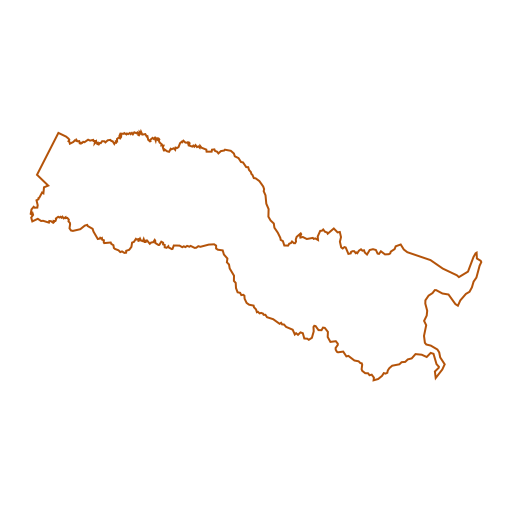 Miranda, Cauca, Colombia
{"feature_id": "7082276B64224569928745", "entity_name": "Miranda", "entity_type": "district", "adm_level": 2, "iso_a3": "COL", "parent_name": "Colombia", "parent_adm1": "Cauca", "projection": "equal_earth", "projection_center": [-76.228, 3.222], "detail": "fine", "context": "isolated", "style": "outline", "palette": "amber", "viewbox_px": 512, "rotation_deg": 0, "n_neighbors": 0, "source": "geoboundaries", "source_scale": "gbopen_adm2", "svg_char_len": 6040}
<svg xmlns="http://www.w3.org/2000/svg" viewBox="0 0 512 512"><path d="M435.7,378.0L442.3,369.5L444.7,364.3L440.2,357.4L439.2,352.4L437.4,349.5L430.8,345.6L426.3,344.5L424.9,342.8L424.0,335.9L426.2,325.2L424.1,320.9L426.7,315.6L427.2,310.8L425.3,303.6L425.4,300.3L428.6,295.6L432.5,293.1L434.8,290.1L436.1,290.1L442.4,293.5L448.5,294.5L455.4,304.1L457.9,305.7L460.3,300.4L465.9,293.9L469.5,291.8L471.9,287.4L473.6,281.6L476.4,277.6L479.6,265.7L481.3,262.1L480.7,260.8L476.9,258.5L476.6,252.7L475.6,253.3L473.5,257.0L468.0,271.6L458.9,277.1L456.9,275.3L442.8,268.6L430.5,260.1L407.3,252.2L403.8,249.5L400.7,244.5L395.7,246.3L394.6,249.1L390.8,251.6L390.2,253.4L388.8,254.2L385.0,254.4L380.9,251.3L379.0,253.9L377.6,253.6L375.9,250.0L373.0,249.2L369.7,250.0L367.0,254.5L364.8,252.5L364.0,250.3L362.4,250.7L361.0,249.3L358.9,250.7L357.3,253.2L356.4,252.5L355.7,253.1L354.2,251.2L352.5,251.2L351.1,251.9L350.7,253.4L348.4,253.9L345.7,247.5L344.4,247.1L342.7,248.5L341.2,247.4L339.9,241.7L341.0,237.1L339.8,232.0L337.6,232.4L333.8,228.5L327.7,233.7L327.1,232.5L324.9,231.7L323.2,229.5L322.0,230.7L320.2,230.9L317.7,236.5L318.0,240.0L315.2,238.4L313.7,238.9L312.8,237.9L306.8,239.0L302.8,237.0L300.4,237.6L300.2,236.4L301.2,234.2L300.7,233.4L296.7,236.8L295.8,239.3L296.0,241.6L295.1,243.2L293.9,243.2L292.0,241.5L290.9,243.1L289.2,243.7L288.1,245.6L284.3,245.5L282.9,241.1L280.7,239.9L280.3,237.8L277.8,232.7L274.4,227.7L273.8,223.5L270.6,220.5L268.4,216.7L268.6,209.1L266.3,203.7L265.5,195.3L263.7,191.2L264.1,189.1L263.2,186.5L259.4,181.1L255.6,178.3L253.8,178.1L252.5,175.0L251.3,173.8L250.9,172.1L249.0,169.9L248.2,167.2L246.2,167.1L243.0,162.4L241.0,162.0L238.5,158.1L234.8,156.3L233.9,153.5L230.8,150.8L224.9,149.7L224.2,150.5L220.9,151.1L218.4,153.4L217.1,151.7L215.0,150.9L214.4,149.4L212.0,149.7L211.6,151.7L206.6,151.7L206.3,149.6L201.5,147.7L200.1,145.9L199.7,147.7L198.4,146.4L197.0,147.1L195.5,145.1L194.3,146.7L193.3,145.6L192.3,146.6L189.1,145.5L189.6,143.2L189.0,142.5L188.6,142.4L188.9,143.7L188.4,144.4L187.9,142.7L185.4,142.6L183.4,140.7L182.3,142.1L181.9,141.6L180.1,143.1L178.5,147.1L177.1,148.0L175.6,147.6L175.2,149.8L173.7,148.3L171.4,149.3L170.7,148.8L169.1,151.8L167.1,151.3L164.4,149.3L164.1,151.2L162.8,147.3L163.5,145.6L161.4,145.5L161.8,144.4L159.6,142.5L158.7,140.4L159.3,139.5L158.8,138.7L158.0,138.3L157.4,139.6L156.2,138.4L155.7,140.7L154.7,137.9L153.7,138.9L152.6,137.9L150.0,140.1L150.5,141.1L150.0,141.4L148.2,139.8L147.4,136.2L146.7,136.5L145.3,134.1L142.3,134.6L141.0,131.7L140.6,133.1L139.6,132.1L139.7,134.1L139.0,135.3L138.3,135.0L138.0,133.0L137.4,132.4L136.6,133.3L134.3,132.3L132.9,134.3L131.9,132.9L130.7,134.1L129.8,133.0L128.2,134.1L127.0,133.5L126.4,134.4L124.3,133.1L123.8,133.8L120.4,133.6L119.5,135.7L119.9,136.3L121.2,135.7L121.1,137.0L120.1,138.4L119.0,137.4L117.0,139.0L117.1,141.5L115.9,141.3L116.0,142.8L114.9,142.8L114.3,143.9L112.6,141.2L111.4,141.1L110.4,139.9L107.7,140.3L105.4,142.4L104.4,141.3L102.1,141.2L100.8,143.1L99.8,143.0L98.7,144.5L97.4,144.0L97.7,142.7L96.2,142.8L96.1,141.6L94.7,143.3L95.0,141.0L93.5,141.0L93.2,139.9L90.1,140.6L88.1,139.7L84.5,142.2L83.2,141.8L82.2,142.9L81.3,142.7L80.8,143.6L79.7,143.3L79.2,141.1L77.4,141.3L76.3,139.8L75.9,140.7L74.9,140.3L73.3,142.0L69.9,143.7L69.3,141.7L68.5,141.2L69.3,139.8L68.6,138.7L66.1,136.6L58.4,132.9L37.0,174.8L48.2,185.6L44.0,187.3L43.4,193.3L42.1,192.5L39.3,197.7L38.5,198.1L38.4,199.3L36.5,200.3L37.7,205.2L37.3,207.6L34.6,207.7L33.7,206.8L31.5,209.4L30.7,213.9L31.8,214.6L32.6,213.3L33.1,214.9L31.2,217.6L32.3,221.4L37.8,218.8L41.1,221.0L43.1,220.8L48.9,222.6L49.3,221.0L51.0,221.2L53.2,222.8L54.0,222.1L53.7,220.9L55.4,221.0L56.1,219.5L55.9,218.5L58.2,216.8L59.4,217.5L60.5,216.8L61.5,217.7L62.4,216.7L63.7,218.4L65.6,217.2L65.8,218.1L67.3,217.9L68.8,219.6L68.5,221.4L69.8,222.7L70.1,224.1L69.5,228.3L71.0,230.5L72.9,230.9L80.3,229.2L84.8,225.6L87.2,224.9L87.8,226.1L92.6,228.8L93.5,231.6L97.8,239.0L99.7,238.6L100.2,237.8L101.0,238.5L101.9,238.0L102.2,239.7L103.9,240.3L103.7,242.1L104.2,243.1L110.7,242.5L111.3,243.9L113.4,245.2L113.9,248.0L114.9,248.9L118.5,250.3L120.3,252.1L122.0,251.4L124.4,252.9L126.1,252.7L126.2,250.8L129.2,249.8L131.4,246.9L132.1,242.6L133.9,241.9L135.9,238.9L136.5,239.5L138.5,239.1L138.3,241.6L140.0,238.6L140.9,240.5L142.9,241.2L143.7,239.1L144.7,242.0L145.7,242.0L146.1,240.5L147.0,240.4L149.8,243.8L151.2,242.5L153.3,242.2L154.7,239.9L155.2,240.6L155.3,243.0L158.5,245.0L159.3,244.9L161.3,241.7L163.1,242.7L163.1,244.4L164.7,244.9L164.7,247.3L166.6,247.8L168.3,246.3L168.5,247.3L171.8,249.1L172.5,248.9L173.8,245.5L179.5,245.6L182.3,247.2L183.8,246.3L185.4,247.1L187.1,245.9L189.4,246.7L190.6,245.9L194.7,247.9L196.3,247.7L198.3,246.2L200.4,246.8L208.8,244.6L214.1,244.3L216.1,245.6L216.1,248.5L217.8,249.7L222.7,250.4L223.9,254.5L227.4,258.5L226.9,262.3L229.0,264.5L229.7,268.5L234.0,275.7L233.9,280.9L235.7,282.9L236.0,288.1L237.6,292.3L240.1,292.8L241.3,295.1L243.3,294.8L244.4,295.7L244.6,298.7L246.6,302.9L249.1,304.7L253.6,305.6L254.0,307.3L256.0,309.4L256.9,312.2L257.9,311.8L259.6,313.4L261.1,312.9L263.0,313.6L263.6,314.8L265.4,314.8L267.0,317.2L273.2,319.2L279.6,323.8L281.1,322.8L282.1,324.4L284.0,324.5L286.1,326.9L292.7,329.7L294.8,334.5L296.1,333.2L298.0,334.8L300.5,332.4L302.8,333.2L304.3,338.5L307.3,338.7L308.8,339.8L311.9,337.8L313.7,331.4L313.5,327.0L314.3,325.8L315.6,326.1L318.5,330.1L321.5,330.2L323.0,327.6L324.8,327.9L327.9,331.9L327.7,337.0L330.4,341.9L335.8,341.2L337.8,343.7L337.8,344.9L335.6,348.0L335.7,349.7L336.9,351.8L338.0,352.3L343.2,351.6L346.4,356.4L348.4,355.9L354.4,360.5L358.6,361.3L360.4,363.1L361.7,363.3L362.2,364.7L361.6,369.2L362.2,370.8L365.2,373.2L368.1,373.3L369.5,375.2L371.7,374.7L373.9,377.6L373.6,380.3L378.2,379.0L382.0,375.9L383.8,373.1L385.5,373.6L387.3,372.8L387.8,370.5L389.3,368.2L392.2,365.7L399.4,364.3L401.6,362.2L405.2,361.9L407.8,359.4L411.7,358.4L415.5,354.1L421.7,354.7L426.7,357.0L430.7,352.9L433.5,353.8L436.5,364.1L438.9,366.8L438.7,367.8L434.9,371.5L435.7,378.0Z" fill="none" stroke="#b45309" stroke-width="2"/></svg>